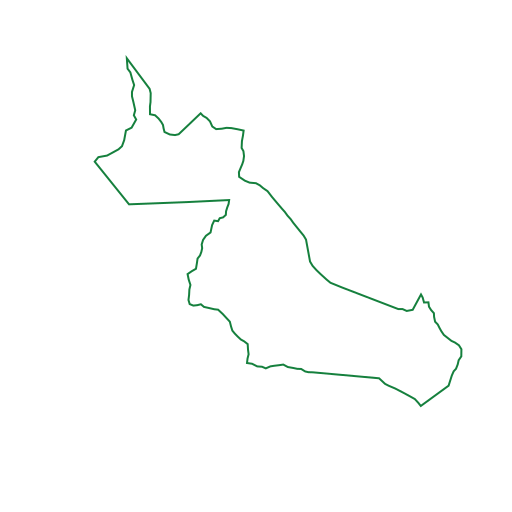 Mamanguape, Paraíba, Brazil, rotated 313°
{"feature_id": "56859067B20105747744609", "entity_name": "Mamanguape", "entity_type": "district", "adm_level": 2, "iso_a3": "BRA", "parent_name": "Brazil", "parent_adm1": "Paraíba", "projection": "mercator", "projection_center": [-35.151, -6.705], "detail": "fine", "context": "isolated", "style": "outline", "palette": "green", "viewbox_px": 512, "rotation_deg": 313, "n_neighbors": 0, "source": "geoboundaries", "source_scale": "gbopen_adm2", "svg_char_len": 2321}
<svg xmlns="http://www.w3.org/2000/svg" viewBox="0 0 512 512"><g transform="rotate(313 256 256)"><path d="M274.1,75.3L265.0,77.5L259.1,75.3L250.8,80.6L244.9,83.1L240.2,82.7L227.9,78.6L220.8,73.3L215.0,73.7L207.2,127.9L248.6,169.0L278.6,198.2L275.3,200.5L271.8,201.9L268.3,203.6L265.5,205.9L261.8,205.6L258.9,203.7L255.6,204.5L253.4,201.3L248.7,202.8L242.2,206.7L236.7,205.6L231.7,206.3L227.4,208.4L225.0,211.3L221.8,213.2L218.2,214.7L214.3,215.0L210.4,217.7L205.7,220.8L201.1,219.4L196.1,218.3L192.9,222.8L190.1,227.8L186.1,230.1L181.8,233.7L177.8,236.6L175.6,240.3L177.0,244.0L180.0,246.6L183.1,248.6L183.3,252.7L185.9,257.1L188.6,261.8L190.9,264.9L190.9,271.2L190.1,281.7L187.5,285.7L185.3,289.6L184.8,293.4L184.6,297.4L184.6,301.9L185.5,305.5L185.9,310.0L182.0,314.1L179.1,317.6L175.3,319.7L171.6,322.4L174.5,326.6L176.1,332.2L179.1,335.9L180.5,339.8L185.1,341.8L188.4,344.4L191.7,347.2L195.2,350.0L196.5,355.0L199.5,359.6L201.6,363.1L204.2,366.1L205.1,370.7L206.8,373.6L209.7,376.9L250.5,429.4L250.5,437.6L251.6,441.5L254.0,448.1L256.4,456.7L258.4,464.4L259.7,469.7L259.3,475.0L258.7,478.8L292.5,485.3L302.2,480.7L306.5,479.2L309.9,479.2L314.2,477.5L318.0,475.3L322.6,474.6L327.9,469.8L329.1,465.3L328.4,460.5L327.2,456.8L326.9,453.1L326.4,447.2L327.4,442.8L328.5,439.4L329.9,435.6L330.1,431.8L332.9,427.8L335.5,425.1L335.9,420.9L336.9,417.1L339.7,413.7L336.6,410.6L339.3,406.2L340.4,402.9L323.5,407.3L318.6,403.7L317.1,399.3L314.2,396.2L291.7,340.5L287.2,328.7L286.9,323.6L286.8,315.4L286.9,309.8L287.4,304.1L288.8,299.3L302.1,281.4L303.4,276.9L304.2,271.0L305.0,265.4L305.7,260.5L306.6,256.3L307.0,251.5L307.9,247.0L308.3,242.6L309.2,234.8L310.1,227.4L311.3,220.2L310.5,215.0L310.3,210.6L309.2,206.3L305.3,201.3L303.5,196.5L302.4,189.7L305.7,186.3L310.0,184.7L313.6,183.4L316.9,181.9L320.9,179.1L324.1,175.3L325.2,171.8L330.5,167.3L335.1,164.4L339.3,161.4L336.2,156.2L332.7,150.7L329.6,147.0L325.8,144.2L321.6,140.3L320.9,135.7L323.1,130.5L323.3,125.7L322.4,121.8L322.6,118.2L292.3,116.4L289.2,114.3L286.1,110.1L284.3,104.5L286.3,101.4L288.4,98.6L289.4,95.3L290.1,91.0L290.1,86.2L287.4,81.8L293.1,76.4L296.6,73.9L303.3,67.9L305.7,64.2L312.5,26.7L305.4,34.3L304.6,38.9L300.6,45.4L297.9,50.3L291.4,53.4L288.2,56.4L285.0,61.3L280.2,68.3L275.6,70.7L274.1,75.3Z" fill="none" stroke="#15803d" stroke-width="2"/></g></svg>